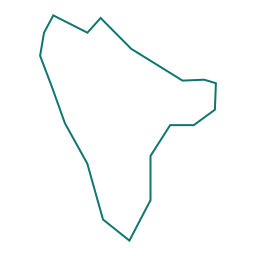 SVG path tracing the border of Kecskemét
{"feature_id": "HUN-4915", "entity_name": "Kecskemét", "entity_type": "Urban county", "adm_level": 1, "iso_a3": "HUN", "parent_name": "Hungary", "parent_adm1": "", "projection": "orthographic", "projection_center": [19.681, 46.9], "detail": "fine", "context": "isolated", "style": "outline", "palette": "teal", "viewbox_px": 256, "rotation_deg": 0, "n_neighbors": 0, "source": "natural_earth", "source_scale": "10m", "svg_char_len": 349}
<svg xmlns="http://www.w3.org/2000/svg" viewBox="0 0 256 256"><path d="M100.6,18.0L131.3,48.9L182.5,80.6L204.2,79.7L215.9,83.2L214.9,109.7L193.8,125.1L170.2,125.1L150.5,155.9L150.5,200.2L129.4,240.6L103.0,219.5L87.3,163.6L64.9,123.2L51.8,86.6L40.1,55.8L44.0,32.7L53.3,15.4L87.4,32.7L100.6,18.0Z" fill="none" stroke="#0f766e" stroke-width="2"/></svg>